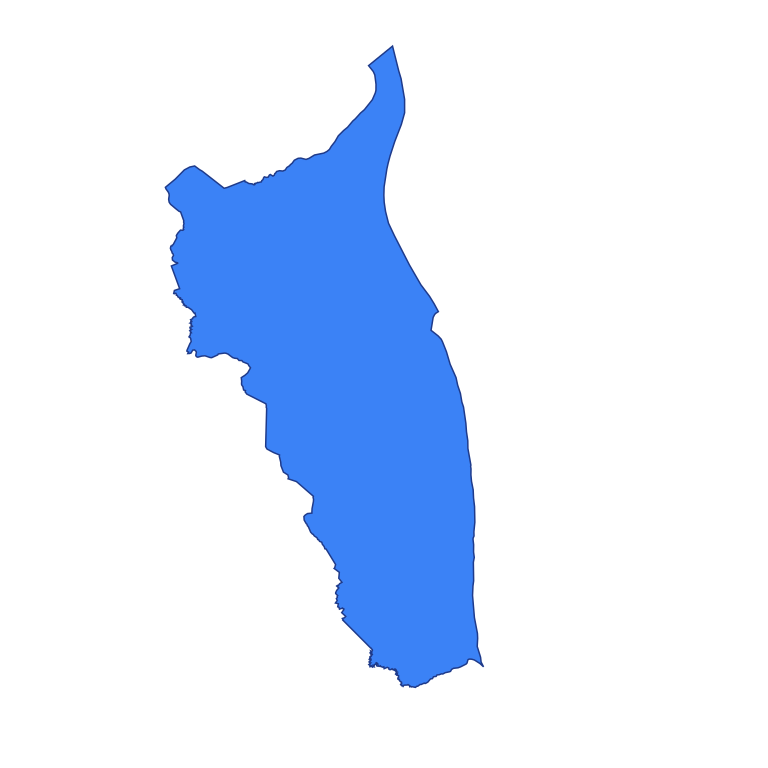 Ubolratana, Khon Kaen, Thailand, rotated 153°
{"feature_id": "78962969B29703528432140", "entity_name": "Ubolratana", "entity_type": "district", "adm_level": 2, "iso_a3": "THA", "parent_name": "Thailand", "parent_adm1": "Khon Kaen", "projection": "mercator", "projection_center": [102.713, 16.795], "detail": "fine", "context": "isolated", "style": "filled", "palette": "blue", "viewbox_px": 768, "rotation_deg": 153, "n_neighbors": 0, "source": "geoboundaries", "source_scale": "gbopen_adm2", "svg_char_len": 6130}
<svg xmlns="http://www.w3.org/2000/svg" viewBox="0 0 768 768"><g transform="rotate(153 384 384)"><path d="M453.7,664.2L458.5,665.5L464.7,665.4L477.0,661.3L489.5,658.5L489.7,656.8L489.1,652.9L489.2,651.1L489.8,649.5L492.0,646.4L492.9,643.5L492.6,641.0L490.0,634.8L488.2,630.9L487.1,629.7L488.3,620.3L489.1,619.2L489.3,617.9L491.1,615.8L491.1,614.6L491.8,614.3L492.5,613.2L492.4,612.5L493.5,612.3L495.5,613.5L499.1,612.1L501.6,610.6L502.3,608.3L508.6,603.9L509.9,603.8L510.1,603.3L511.3,603.6L512.7,601.9L513.0,600.3L512.9,598.4L513.3,596.9L512.9,595.7L513.2,594.1L515.3,592.8L516.2,590.5L514.8,587.4L512.9,585.7L513.1,585.2L519.9,585.7L522.8,561.7L528.3,562.5L530.3,560.1L529.8,559.6L528.3,559.4L528.2,558.2L528.7,557.4L528.0,556.7L528.0,554.9L527.3,554.3L527.2,553.0L526.4,553.3L526.2,553.1L526.8,551.9L525.5,550.7L526.1,549.8L526.1,549.2L525.7,548.9L526.0,548.2L526.6,548.4L525.9,546.0L526.7,545.5L526.0,545.1L526.2,544.3L525.2,544.1L524.9,543.6L525.4,542.7L525.2,542.1L523.9,541.4L521.7,537.5L521.1,533.8L520.9,533.2L520.2,533.0L521.1,529.6L522.9,530.1L524.0,529.9L524.9,529.1L527.1,529.1L526.8,527.0L527.1,526.8L527.8,527.3L528.4,526.3L529.1,526.3L528.3,525.4L528.3,525.1L528.7,525.2L528.5,524.6L529.2,524.0L528.5,522.5L529.8,522.3L530.7,522.8L531.2,522.6L531.4,521.8L530.8,520.3L531.6,520.7L531.9,519.4L532.8,519.6L532.4,517.1L533.3,517.3L534.5,515.5L536.2,514.7L536.3,514.0L535.7,513.7L535.6,512.4L536.5,509.4L538.7,508.0L544.3,503.4L544.7,502.7L543.7,501.2L545.0,500.2L543.5,499.5L541.9,499.2L539.1,501.0L537.3,500.4L536.6,498.2L536.9,497.3L538.7,495.0L538.8,493.9L538.3,492.9L537.6,492.4L533.7,491.6L530.7,490.4L526.9,486.5L525.6,485.7L519.0,485.4L518.0,486.0L512.2,484.0L510.9,483.2L509.4,481.5L506.9,476.3L505.3,474.7L503.1,473.3L502.5,470.8L500.0,469.4L499.7,467.8L496.1,463.7L496.1,461.9L495.6,459.0L500.4,455.8L504.0,454.9L508.3,454.5L509.5,451.2L511.0,448.6L511.2,447.4L510.9,445.8L511.8,442.4L510.4,441.0L511.3,440.0L510.8,437.2L498.2,420.0L498.7,418.0L499.5,416.8L499.6,415.6L517.9,381.9L517.8,379.3L517.5,378.7L513.4,372.9L509.3,368.2L510.1,367.1L511.5,361.3L512.9,358.0L513.6,351.1L510.9,346.6L511.5,344.0L512.5,343.1L506.3,336.8L497.9,316.0L498.7,315.1L499.1,313.3L500.2,311.4L504.7,305.6L506.9,301.7L511.0,303.3L513.7,303.0L515.5,302.3L516.9,299.0L516.7,294.9L516.3,294.1L516.6,292.5L516.2,291.3L516.6,285.3L515.9,282.8L515.3,282.2L515.1,280.3L513.8,278.0L513.4,276.7L513.7,275.6L513.0,274.9L512.8,273.0L511.3,271.3L511.7,269.2L511.1,266.3L511.5,264.0L510.5,263.2L509.1,245.1L511.4,242.6L512.2,242.3L509.3,236.5L512.5,231.4L511.5,226.4L514.2,226.2L516.4,225.1L516.9,225.7L517.9,225.5L516.9,222.8L519.8,221.6L521.8,220.0L522.2,219.2L521.3,216.5L522.1,216.1L522.5,215.0L523.9,214.4L523.9,212.4L526.7,210.9L524.4,208.9L526.4,206.5L525.5,205.5L525.9,203.6L522.9,203.2L523.1,202.9L521.9,202.0L522.2,201.2L525.5,199.5L523.6,194.3L525.3,193.7L527.6,194.0L527.5,192.0L527.8,192.0L515.7,154.7L515.4,154.5L515.5,153.7L515.0,152.9L515.1,152.1L516.4,151.1L517.0,152.0L517.1,150.7L518.0,151.1L518.5,150.8L518.4,149.8L517.4,149.7L518.2,148.8L517.2,148.6L517.2,148.2L518.1,148.1L518.8,147.3L520.3,147.4L521.0,146.2L522.3,145.2L522.1,144.8L521.2,144.8L520.5,145.3L520.7,144.0L521.9,143.7L522.2,143.2L523.5,143.1L523.1,142.0L522.5,141.5L524.9,140.9L524.7,140.5L523.8,140.6L524.6,139.1L524.0,138.9L524.4,138.4L523.0,138.4L523.2,137.9L522.9,137.0L522.2,137.2L521.2,136.5L521.2,138.3L520.2,137.8L519.7,138.3L518.5,138.1L517.8,139.1L517.1,139.0L516.6,137.3L517.7,137.5L518.5,136.3L517.5,135.3L516.9,135.4L516.5,134.6L515.1,134.5L515.2,133.8L513.6,132.2L512.6,132.1L513.1,130.3L509.8,130.1L508.7,128.8L509.1,127.8L508.8,127.1L507.6,126.4L506.1,126.6L505.7,125.3L504.6,125.2L505.0,124.6L504.6,124.1L504.1,124.2L503.7,124.8L503.2,124.7L503.0,123.5L503.8,123.4L504.0,123.0L503.1,122.2L503.1,121.8L504.0,121.7L504.2,120.9L505.4,120.3L504.9,119.1L503.8,119.6L504.6,118.5L503.4,117.6L504.4,115.6L505.0,115.8L505.6,114.9L505.1,114.0L504.5,113.7L504.8,113.2L504.8,112.3L503.8,110.3L504.1,109.7L504.5,109.6L504.4,108.8L505.6,108.6L505.2,107.1L504.5,106.9L504.3,105.9L502.9,106.6L499.9,105.2L499.1,105.3L498.2,103.7L498.5,102.7L497.7,102.7L497.3,101.7L496.6,101.7L493.7,99.4L492.1,99.8L491.1,99.4L488.2,99.9L487.4,99.4L483.9,99.2L483.4,98.5L482.5,98.4L480.2,98.5L476.5,100.1L474.6,99.5L472.8,100.7L470.3,99.8L468.8,100.7L466.8,99.9L464.5,99.7L463.2,98.9L460.6,99.0L456.0,97.8L455.1,97.8L453.4,99.0L451.1,99.1L446.8,97.5L444.2,97.2L437.9,97.2L436.7,97.7L434.6,100.0L433.9,100.3L432.7,100.1L430.7,98.9L428.8,97.1L425.4,91.4L423.7,86.8L423.7,92.2L422.0,96.7L420.1,107.8L416.0,114.9L414.0,119.3L409.5,134.8L401.1,155.4L396.4,163.7L393.5,167.9L385.3,184.6L382.3,188.5L380.5,193.6L377.1,200.1L375.2,205.2L374.5,206.3L372.8,207.7L371.0,211.5L365.8,219.6L359.0,233.6L356.0,241.7L352.6,249.2L350.2,257.6L347.8,263.6L345.0,268.9L344.2,271.3L343.4,272.3L338.5,288.5L335.1,295.4L332.2,304.0L328.9,311.8L323.6,327.4L322.8,332.6L320.2,340.9L318.9,349.5L316.9,357.0L316.1,371.6L313.7,384.5L312.7,395.2L312.7,398.0L313.9,402.2L317.7,410.5L310.0,421.0L307.4,422.9L305.8,423.5L302.7,423.8L302.9,432.6L303.6,441.4L306.1,455.7L307.3,478.5L307.4,511.2L307.0,525.2L304.3,537.0L301.3,545.9L298.4,552.3L294.4,559.6L283.9,574.2L280.2,578.7L275.1,584.4L264.4,595.1L250.7,607.4L242.5,616.3L236.4,628.3L230.2,648.2L228.7,656.4L223.0,681.2L253.2,674.7L251.7,667.3L251.9,663.5L255.0,654.8L257.8,649.4L259.6,647.3L265.3,642.6L277.0,637.3L281.9,636.1L289.2,633.3L292.4,632.5L299.9,629.3L304.9,628.2L312.0,625.9L317.7,622.2L323.1,619.7L326.1,617.8L329.2,617.1L332.9,617.1L342.0,619.6L348.3,619.1L351.5,619.5L355.5,623.0L358.1,624.1L362.3,624.1L365.6,622.4L368.0,621.9L368.9,621.4L372.3,621.0L374.9,619.5L377.5,619.7L380.3,621.5L383.2,622.1L385.0,621.1L385.7,621.1L387.1,619.8L388.6,619.7L390.2,622.3L391.3,622.2L393.3,620.9L394.9,621.4L396.6,622.9L397.8,622.3L399.0,621.1L400.6,620.7L401.5,619.8L404.5,620.5L405.2,621.0L406.2,620.8L407.7,621.3L408.3,621.3L408.3,620.5L408.8,620.3L409.9,620.9L410.5,622.1L413.4,624.0L415.0,626.5L415.9,627.1L415.7,628.5L434.5,630.3L437.6,631.0L449.3,656.1L451.0,658.7L453.7,664.2Z" fill="#3b82f6" stroke="#1e3a8a" stroke-width="1.5"/></g></svg>